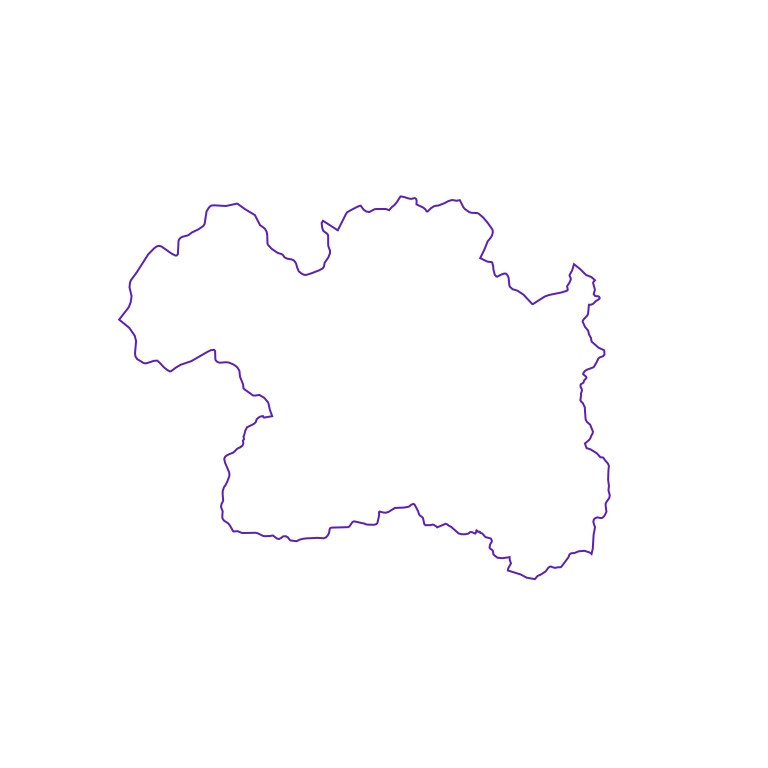 outline of Binh Lieu, Quảng Ninh, Vietnam, rotated 215°
{"feature_id": "81297802B53696601888295", "entity_name": "Binh Lieu", "entity_type": "district", "adm_level": 2, "iso_a3": "VNM", "parent_name": "Vietnam", "parent_adm1": "Quảng Ninh", "projection": "robinson", "projection_center": [107.427, 21.551], "detail": "fine", "context": "isolated", "style": "outline", "palette": "violet", "viewbox_px": 768, "rotation_deg": 215, "n_neighbors": 0, "source": "geoboundaries", "source_scale": "gbopen_adm2", "svg_char_len": 6166}
<svg xmlns="http://www.w3.org/2000/svg" viewBox="0 0 768 768"><g transform="rotate(215 384 384)"><path d="M637.9,284.8L624.9,283.9L616.0,280.6L611.7,277.0L606.2,267.4L605.2,265.9L603.3,263.9L600.3,262.8L593.2,263.3L592.1,263.6L590.4,264.8L585.7,271.1L583.1,273.1L579.7,272.7L573.5,271.4L569.5,271.2L566.6,271.5L565.7,272.5L564.0,277.8L561.5,283.3L555.0,292.1L547.1,309.0L545.3,312.3L542.9,314.5L541.4,314.3L536.3,307.5L535.5,306.9L534.0,306.6L532.7,306.6L530.8,307.2L525.8,311.3L523.3,312.6L518.7,313.6L516.1,313.7L513.4,313.4L510.2,312.0L505.9,307.2L499.4,303.0L496.7,300.0L495.2,299.6L484.8,299.5L483.0,300.5L480.0,303.4L479.3,303.6L474.1,304.0L468.6,302.5L467.1,301.5L462.7,297.4L457.1,293.5L463.0,287.7L463.4,287.6L464.8,288.3L467.0,285.9L468.1,282.2L467.2,279.3L467.5,277.4L468.3,275.5L471.4,270.0L470.8,266.0L469.1,261.7L468.9,260.3L467.0,258.5L467.1,256.7L465.4,255.0L464.8,253.7L464.6,251.9L465.4,250.5L465.2,250.0L466.8,247.5L467.3,245.9L467.6,243.3L468.3,241.0L470.4,238.0L471.8,235.3L472.4,233.5L471.9,231.0L469.1,228.4L460.1,222.8L458.4,220.8L457.8,219.5L456.3,213.8L455.8,210.0L455.9,207.8L454.8,204.0L453.0,201.2L449.0,196.4L448.4,194.3L448.4,193.0L447.3,190.2L445.9,189.0L443.2,187.3L440.3,182.4L439.1,181.2L437.7,180.6L436.4,180.3L432.0,180.5L429.3,179.8L423.2,176.9L422.6,176.9L419.5,179.5L415.3,180.4L413.7,181.3L403.8,188.5L401.8,189.3L396.0,190.2L394.3,191.0L390.3,194.0L388.1,196.2L383.0,196.0L381.2,196.7L379.8,199.2L379.4,201.1L377.3,202.9L374.9,203.3L371.7,202.2L370.9,202.2L366.3,204.6L365.3,205.3L363.8,208.1L361.8,210.5L359.3,212.8L350.4,219.7L345.1,222.9L343.6,224.8L343.2,227.8L343.6,230.5L345.3,234.1L345.3,235.3L344.8,236.1L331.1,246.3L330.6,247.8L330.7,252.4L330.4,253.4L329.6,254.4L320.2,258.3L317.4,259.0L311.6,262.8L310.0,264.6L309.7,265.9L310.0,267.2L312.6,273.5L314.6,276.2L314.5,276.9L310.5,278.5L308.7,279.6L307.0,281.7L304.0,288.7L296.8,294.2L293.9,297.1L293.0,298.4L292.5,300.7L291.1,302.7L289.8,302.8L283.2,299.4L280.9,297.6L279.3,296.9L276.4,296.9L275.1,296.5L270.7,292.4L269.1,292.1L264.9,295.1L263.7,296.6L262.4,297.2L259.3,297.3L258.2,297.1L253.4,304.8L251.4,305.3L249.8,305.1L247.0,305.5L237.3,304.4L234.7,305.2L231.8,307.1L229.2,309.7L228.4,312.2L227.3,313.0L223.5,313.8L223.4,315.4L224.3,316.8L224.3,317.2L221.9,317.0L221.2,317.7L220.5,317.8L219.9,317.3L217.9,317.9L213.0,316.8L208.0,318.7L205.8,317.6L205.3,316.6L205.0,313.2L203.7,310.5L202.9,310.1L199.8,310.0L199.0,309.7L196.8,307.3L195.2,306.9L191.5,306.8L187.3,309.0L181.8,314.2L180.1,312.0L177.1,309.9L176.5,304.1L175.6,302.3L162.7,306.4L156.0,307.2L148.5,310.7L148.1,314.9L146.2,317.9L144.1,323.2L144.0,327.7L143.3,329.6L142.6,330.2L140.4,330.7L138.3,331.6L136.3,333.7L134.5,335.0L133.9,336.0L133.5,347.7L134.3,350.9L133.5,352.8L131.0,354.8L128.5,358.7L124.0,362.4L119.4,363.8L117.8,364.0L116.5,363.8L118.6,369.0L125.7,380.5L129.0,387.7L133.0,390.7L133.7,391.6L134.3,393.3L134.3,394.2L133.9,395.4L132.7,397.2L129.8,398.3L128.5,399.5L127.9,401.5L127.9,403.2L128.5,406.9L133.0,411.9L133.8,413.2L134.1,414.6L134.1,419.9L135.2,422.3L139.1,425.6L141.4,429.7L145.4,434.0L150.5,441.8L152.3,445.1L152.9,446.0L155.0,447.3L159.5,448.4L161.9,449.4L162.7,449.3L164.7,448.1L169.7,449.3L170.8,449.3L177.5,448.9L181.3,447.7L185.3,450.5L184.0,455.1L183.8,457.5L184.6,461.0L184.7,463.0L185.5,464.8L191.7,468.9L196.2,469.4L198.6,470.7L206.2,480.1L210.2,482.4L212.5,482.7L213.9,483.4L215.6,486.9L217.2,489.2L218.0,492.1L219.2,493.4L221.1,494.2L222.4,495.8L222.5,496.8L221.4,499.6L222.1,501.9L221.7,504.2L221.9,505.4L222.9,506.0L226.3,506.2L226.7,506.5L226.9,507.4L226.9,509.8L226.1,511.9L222.1,517.7L221.9,518.5L222.3,523.4L223.0,528.1L222.6,529.4L220.4,532.6L220.3,534.5L222.2,537.1L223.2,537.9L229.0,536.8L238.3,537.8L240.8,540.4L244.7,542.3L247.2,544.7L252.1,546.1L256.9,548.9L257.4,549.7L257.5,551.6L256.8,556.6L257.0,558.4L261.6,566.5L259.8,567.8L258.7,569.6L258.1,573.2L256.6,576.7L256.5,578.0L257.8,578.9L258.9,578.7L261.4,577.2L263.7,577.8L264.2,578.8L265.0,581.6L265.7,582.6L270.7,586.7L271.0,587.9L270.7,590.0L275.5,590.6L280.9,589.2L288.9,590.6L297.1,591.1L295.1,585.2L294.5,579.9L294.2,579.2L291.6,577.7L291.0,576.8L290.2,573.4L290.1,569.1L287.7,566.8L287.4,565.9L288.1,564.7L291.1,560.8L299.4,552.1L301.4,549.5L302.6,547.6L307.8,535.0L308.3,534.5L321.2,537.2L328.2,537.0L333.0,535.4L336.4,535.8L337.8,536.6L342.6,542.2L344.8,543.7L347.1,544.4L348.3,543.9L349.0,543.2L350.4,541.4L352.9,536.8L353.6,536.5L355.9,537.0L360.3,540.8L361.9,542.9L365.1,545.6L365.9,545.5L368.9,543.8L370.8,543.3L377.4,542.3L378.9,551.8L380.9,560.3L380.5,565.2L380.7,567.6L381.7,570.4L383.0,572.1L384.1,572.8L391.5,575.5L398.3,577.3L403.9,577.8L405.3,577.7L410.6,574.4L412.9,573.7L418.0,573.7L420.4,574.3L427.3,578.1L429.8,575.6L433.1,574.2L434.1,573.4L436.2,570.7L438.2,566.8L441.8,561.4L444.0,559.5L445.1,558.1L446.3,555.1L447.2,550.4L447.6,550.0L448.2,549.9L450.3,550.8L452.9,551.0L460.4,549.8L462.6,553.1L463.7,553.9L464.9,554.1L465.5,553.9L467.9,551.2L470.5,550.0L474.8,548.7L478.1,547.1L477.8,540.7L478.1,536.6L479.1,533.1L479.5,529.3L482.9,528.4L490.4,523.1L492.0,521.7L494.5,516.8L495.1,516.2L497.6,515.1L500.6,515.1L505.4,516.7L506.9,514.9L509.7,509.7L512.7,503.6L512.6,501.1L510.0,483.4L527.6,482.7L527.4,480.1L524.4,476.7L521.5,474.6L516.6,474.5L515.0,473.7L510.1,466.7L508.3,464.7L504.6,462.2L503.3,460.2L502.2,455.8L502.2,449.3L500.5,445.8L500.5,443.6L502.2,440.1L507.2,432.7L509.9,429.2L511.0,428.2L513.0,427.4L514.8,427.2L518.5,427.4L521.9,429.6L525.1,432.2L527.0,433.1L529.1,433.5L531.3,433.0L535.1,431.2L536.7,430.8L538.6,430.8L540.8,431.7L542.2,431.7L546.3,430.4L553.7,430.3L558.9,431.5L559.9,432.1L565.2,439.2L567.5,441.4L570.6,442.9L576.8,443.1L586.6,448.3L598.3,447.5L607.3,447.6L608.2,447.1L615.6,439.1L625.1,433.3L627.5,431.4L628.2,430.3L628.6,428.3L628.4,423.7L622.8,412.3L622.6,409.9L624.8,404.1L628.2,398.1L629.7,393.5L633.4,389.2L634.2,387.8L634.6,386.8L634.7,384.5L634.5,383.6L627.6,372.6L627.3,372.0L627.5,370.5L628.0,369.9L629.0,369.5L632.5,369.0L645.2,369.0L647.7,368.0L649.1,366.3L650.1,363.4L651.5,354.8L650.6,333.6L650.8,323.5L650.2,321.4L648.0,317.3L641.1,311.1L638.4,305.7L637.1,300.5L637.9,284.8Z" fill="none" stroke="#5b21b6" stroke-width="2"/></g></svg>